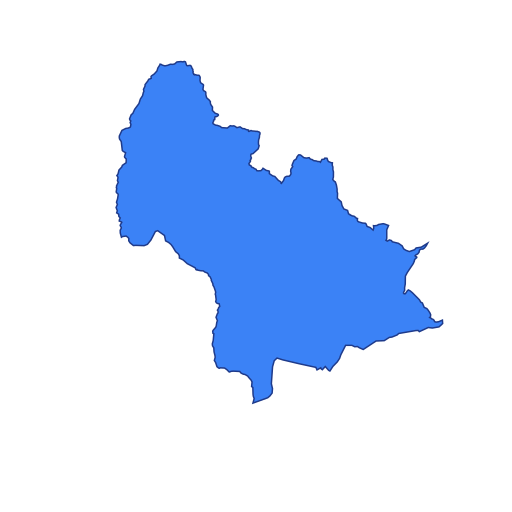 Savarsin, Arad, Romania, rotated 306°
{"feature_id": "2599482B64767157577380", "entity_name": "Savarsin", "entity_type": "district", "adm_level": 2, "iso_a3": "ROU", "parent_name": "Romania", "parent_adm1": "Arad", "projection": "robinson", "projection_center": [22.304, 46.053], "detail": "fine", "context": "isolated", "style": "filled", "palette": "blue", "viewbox_px": 512, "rotation_deg": 306, "n_neighbors": 0, "source": "geoboundaries", "source_scale": "gbopen_adm2", "svg_char_len": 6096}
<svg xmlns="http://www.w3.org/2000/svg" viewBox="0 0 512 512"><g transform="rotate(306 256 256)"><path d="M367.2,387.3L360.3,384.5L356.6,380.8L354.3,380.6L349.7,377.4L348.7,373.8L348.6,371.2L350.1,368.3L350.0,363.8L347.6,357.9L348.1,356.5L347.4,354.5L345.2,353.5L345.1,351.9L346.1,351.9L347.3,351.3L354.0,346.4L358.6,345.3L357.5,341.3L356.9,339.9L353.5,336.6L351.9,336.0L350.1,334.1L349.6,333.2L347.7,334.9L345.8,335.5L346.1,331.6L345.2,328.5L346.6,326.3L346.8,325.3L345.3,322.8L343.9,318.8L343.9,317.9L344.5,316.9L346.0,316.1L345.5,314.9L345.8,314.1L345.8,311.8L344.9,310.2L345.0,309.6L344.5,308.2L344.8,307.8L344.5,306.1L346.7,303.3L345.7,299.4L347.4,295.9L349.9,293.1L350.4,288.0L354.7,285.1L355.8,283.7L357.8,282.3L360.7,279.3L362.6,276.6L362.4,275.8L363.0,273.1L365.4,272.2L369.6,269.2L371.0,267.5L373.2,265.9L374.3,264.3L376.3,263.0L375.7,262.0L375.0,259.1L375.6,257.6L376.5,256.6L376.8,255.9L375.6,254.1L374.3,254.2L372.9,252.6L369.7,253.0L369.8,252.2L369.5,251.4L368.8,250.6L368.3,248.9L367.1,246.7L367.0,244.6L366.5,243.6L366.4,242.6L366.8,241.2L364.9,239.3L363.7,237.0L363.9,232.7L363.4,231.7L362.8,231.0L360.4,230.9L358.2,231.5L355.5,230.6L351.6,231.5L350.4,231.9L349.8,233.2L346.7,233.2L344.8,234.3L343.7,235.6L342.3,236.2L340.2,236.1L338.5,234.0L337.1,233.2L335.8,233.1L333.3,233.9L329.0,233.9L330.0,233.4L330.3,232.8L330.5,231.9L330.3,229.6L331.4,224.5L330.6,222.3L330.5,218.4L332.4,217.0L332.4,216.5L331.3,214.0L331.1,210.1L329.9,210.2L327.9,209.8L326.2,207.8L325.5,206.5L326.2,205.0L325.7,203.2L325.9,202.4L325.7,201.2L325.3,200.8L325.7,199.2L326.1,198.8L325.7,197.1L326.7,195.9L329.1,195.9L329.4,195.8L329.9,195.0L330.9,195.2L331.4,194.7L332.6,194.7L333.7,193.0L335.1,192.2L335.6,192.2L337.1,193.4L343.9,194.8L347.1,193.7L347.7,192.5L349.3,191.2L351.4,189.9L353.8,189.1L355.9,187.8L357.1,187.5L358.0,186.8L358.2,185.9L357.5,183.5L356.7,182.7L356.6,182.2L354.8,179.2L354.6,178.2L352.6,177.1L352.5,176.7L353.5,175.9L352.5,173.7L352.2,171.8L351.2,170.3L351.1,167.2L348.6,165.1L348.6,163.1L348.3,161.6L347.0,160.1L346.3,158.6L342.7,157.6L339.7,152.8L339.8,150.7L338.9,147.8L338.1,146.4L337.8,143.6L338.3,142.8L340.0,142.5L340.7,142.0L341.4,141.9L341.9,142.4L342.7,142.2L343.2,141.6L344.2,141.1L344.8,141.2L345.5,142.1L346.7,142.7L347.8,142.8L348.2,142.4L348.3,141.6L347.5,139.1L348.1,135.2L350.9,133.3L352.1,130.1L353.2,128.9L354.1,128.3L354.7,126.3L354.9,123.6L355.2,122.8L357.1,120.5L358.6,119.5L359.2,118.6L359.0,116.6L359.5,115.2L363.4,113.1L363.7,112.5L363.6,109.5L363.8,109.1L365.1,107.5L367.5,106.0L368.1,105.3L368.7,103.9L368.6,103.5L367.6,102.0L367.1,100.4L366.5,100.0L366.3,98.9L366.9,98.6L367.1,97.4L368.5,96.6L368.7,96.0L369.9,95.2L370.2,94.0L371.0,92.9L371.7,91.3L371.4,90.5L369.6,88.7L369.4,87.9L371.6,84.8L371.2,83.5L370.1,82.8L369.2,81.0L367.0,78.5L366.4,77.9L363.6,77.3L362.1,76.0L360.8,74.0L358.4,72.5L356.3,70.6L355.4,68.2L355.2,66.3L354.7,65.6L354.1,65.9L350.4,66.1L347.5,67.1L343.5,66.7L340.3,65.6L339.5,65.6L338.1,66.8L335.8,65.3L334.4,65.6L329.5,65.5L328.1,66.4L324.7,67.0L323.3,68.5L321.9,68.8L319.0,70.0L315.0,70.2L310.5,71.7L303.4,71.6L299.0,72.5L296.9,72.0L292.6,73.1L291.9,74.0L291.7,75.3L289.9,75.8L289.0,77.4L286.7,78.5L286.2,78.5L284.3,77.4L282.7,75.7L278.8,73.7L272.7,74.9L271.3,75.9L270.4,76.9L269.4,79.7L262.8,85.8L262.6,87.0L262.9,89.8L259.1,91.2L258.6,91.8L258.2,94.0L255.1,96.1L250.8,94.6L249.1,95.1L245.0,94.6L241.4,96.1L239.2,96.2L239.0,97.3L238.3,98.3L235.5,99.6L234.7,101.2L230.6,102.0L230.0,102.6L229.2,102.8L228.7,103.7L225.7,105.2L225.3,105.8L225.0,108.0L224.6,108.5L220.8,110.4L217.5,111.5L216.2,113.6L213.0,114.3L211.1,117.2L209.0,117.9L209.1,120.3L207.4,121.8L207.0,123.8L205.0,124.2L203.9,124.8L204.5,127.1L204.4,127.6L201.1,128.0L200.7,128.4L199.9,130.2L199.5,130.6L197.0,131.0L194.8,132.7L192.1,136.1L193.3,136.6L195.8,139.2L195.8,141.3L195.4,142.8L193.5,144.1L192.6,146.4L192.4,150.7L193.9,152.4L198.6,159.4L201.6,161.3L207.1,161.6L216.7,160.2L218.7,161.6L218.8,169.9L215.1,174.0L215.6,177.3L215.4,180.4L214.5,183.2L212.3,188.4L212.1,191.8L211.2,193.8L209.3,195.2L210.0,199.5L209.4,204.9L210.7,213.8L209.7,215.4L209.9,216.3L210.4,216.4L210.3,217.2L211.5,219.8L213.0,222.1L212.9,223.9L213.6,226.6L213.1,228.5L212.2,229.2L212.2,231.0L211.6,232.1L210.8,233.6L210.0,234.1L208.2,237.4L207.1,238.3L206.2,240.3L203.6,244.0L202.8,244.8L201.1,245.5L200.8,246.1L197.3,249.4L195.4,250.2L194.9,251.4L194.9,252.6L195.7,254.3L193.9,256.3L192.3,256.1L190.8,256.6L189.5,256.6L189.1,257.7L187.7,258.7L186.5,258.7L182.9,259.7L181.0,262.8L179.2,263.3L175.9,265.0L174.7,265.3L170.5,265.0L169.7,265.2L168.1,266.7L168.3,267.6L162.4,271.1L159.2,272.3L157.8,273.6L156.9,275.8L153.8,278.4L151.1,281.6L149.9,282.6L147.0,283.7L146.1,285.9L143.5,289.5L143.4,291.6L143.6,292.3L144.6,292.9L146.9,296.5L146.9,299.5L146.4,302.3L146.7,302.9L148.0,303.6L149.5,305.3L153.0,310.7L152.5,312.7L152.9,315.1L153.7,316.8L154.0,320.0L153.5,321.3L152.7,325.0L151.8,326.8L147.8,329.2L147.8,330.7L142.5,334.8L141.0,336.2L139.6,338.3L135.2,340.0L148.2,348.8L150.9,349.5L154.6,349.6L158.4,347.3L161.7,343.5L176.1,334.5L182.0,332.3L185.8,333.0L187.7,338.7L194.1,354.0L201.1,369.9L199.7,372.3L203.6,374.1L203.0,375.0L203.0,376.5L207.3,377.0L206.2,382.0L206.4,383.4L211.9,383.1L218.0,384.0L222.3,383.8L225.9,382.7L236.4,381.0L240.1,386.1L240.6,389.2L242.4,391.3L242.5,393.5L243.4,397.7L257.8,403.1L262.9,409.5L268.5,411.7L270.3,413.6L275.1,416.6L277.2,417.0L289.7,429.2L291.1,431.0L290.8,432.6L299.4,437.4L301.4,441.0L306.2,445.7L308.8,446.3L311.1,446.7L313.7,444.5L310.2,442.4L308.4,440.6L307.9,439.1L308.7,437.7L308.8,436.2L308.4,435.1L308.6,433.8L308.3,432.7L309.4,432.8L311.1,431.9L312.1,430.3L313.3,427.3L313.9,425.1L313.3,422.3L315.8,418.2L315.5,416.4L316.6,414.0L318.2,404.2L318.4,401.2L318.1,399.2L316.8,398.9L313.3,399.0L312.5,398.1L312.7,397.1L313.6,396.7L315.7,396.4L317.6,394.9L321.1,393.2L327.5,388.7L331.6,388.1L342.3,387.7L344.9,387.1L346.4,386.4L349.2,387.0L349.7,386.5L349.4,385.4L349.6,384.6L350.8,384.7L352.7,385.6L354.8,385.7L357.0,384.8L358.5,385.4L359.7,387.0L361.5,387.6L364.4,387.7L367.2,387.3Z" fill="#3b82f6" stroke="#1e3a8a" stroke-width="1.5"/></g></svg>